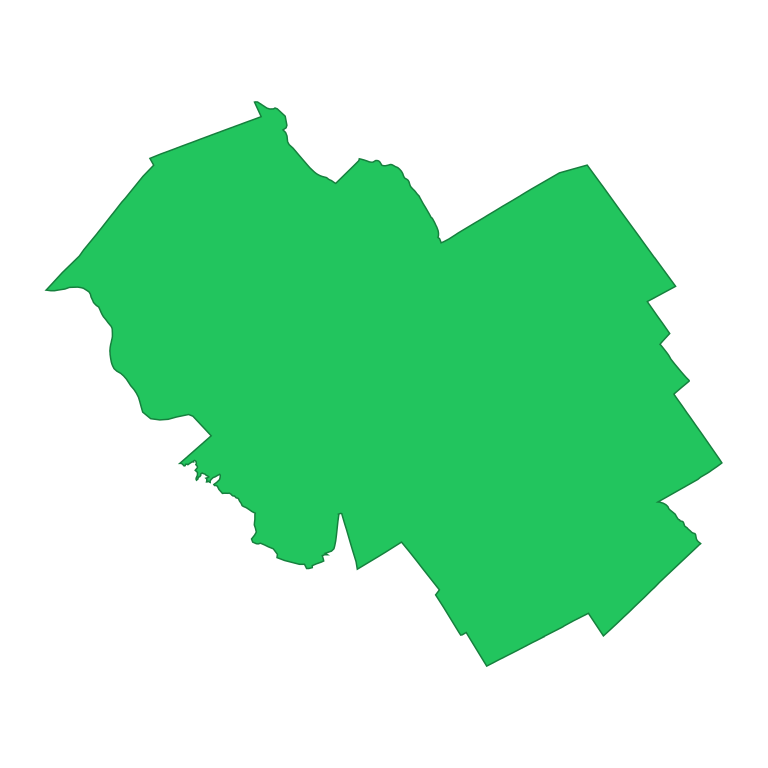 the district of Vacaresti, Dâmbovita, Romania
{"feature_id": "2599482B45717783963826", "entity_name": "Vacaresti", "entity_type": "district", "adm_level": 2, "iso_a3": "ROU", "parent_name": "Romania", "parent_adm1": "Dâmbovita", "projection": "robinson", "projection_center": [25.508, 44.844], "detail": "fine", "context": "isolated", "style": "filled", "palette": "green", "viewbox_px": 768, "rotation_deg": 0, "n_neighbors": 0, "source": "geoboundaries", "source_scale": "gbopen_adm2", "svg_char_len": 6083}
<svg xmlns="http://www.w3.org/2000/svg" viewBox="0 0 768 768"><path d="M486.7,666.1L499.0,659.7L503.8,657.3L507.9,655.2L512.7,652.8L528.1,644.8L532.3,642.6L533.9,641.8L536.0,640.8L543.2,637.1L543.7,636.9L543.5,636.7L545.5,635.7L562.9,626.8L563.8,626.2L564.0,626.0L573.7,620.7L588.4,613.3L603.4,635.9L607.3,632.4L616.4,624.0L623.5,617.2L628.6,612.5L634.6,606.6L645.5,596.2L650.7,591.0L655.3,586.7L659.3,582.5L667.1,575.1L697.9,546.1L699.3,544.7L700.3,544.0L700.7,543.6L699.5,542.6L698.4,541.8L697.3,540.6L696.6,539.4L696.3,538.5L695.9,536.4L695.6,534.7L694.9,533.6L693.5,533.2L692.1,532.6L691.3,531.9L690.3,530.9L688.1,529.0L687.2,527.9L685.8,526.9L684.8,526.2L684.4,525.3L683.7,523.1L683.1,521.9L682.1,521.3L680.3,521.0L679.6,519.9L678.5,519.5L677.6,518.4L676.3,516.3L675.2,514.2L672.8,512.2L670.2,510.1L668.8,508.7L667.9,506.6L665.9,504.7L663.2,503.2L659.9,502.2L657.9,502.0L697.5,479.6L697.9,479.4L698.2,479.1L699.2,478.3L700.0,477.6L701.0,476.9L702.2,476.2L705.3,474.4L707.2,473.3L709.4,471.9L711.9,470.1L717.4,466.3L720.9,463.7L721.9,462.9L720.0,460.0L701.4,433.2L695.5,424.9L690.0,417.0L686.8,412.6L682.6,406.5L676.4,397.8L674.1,394.5L674.0,394.0L677.1,391.3L681.9,387.2L689.1,381.2L689.2,380.8L689.1,380.5L689.0,380.3L686.2,377.5L683.8,374.8L681.1,371.7L674.7,364.0L670.9,359.2L670.4,358.3L669.7,357.0L668.5,355.0L666.6,352.4L662.2,346.8L660.7,345.0L660.0,344.4L660.8,343.3L663.0,340.8L669.7,333.5L669.4,333.1L662.8,323.6L657.4,316.1L649.0,304.1L647.3,301.6L647.6,301.4L675.1,286.6L675.6,286.3L654.5,257.5L654.2,257.3L640.5,238.4L640.4,238.2L620.0,210.3L619.8,210.0L602.1,185.4L601.9,185.2L587.2,165.1L572.5,169.2L559.4,172.9L530.3,189.7L530.0,189.9L525.6,192.5L518.3,197.0L511.1,201.3L503.2,205.9L496.0,210.3L487.3,215.5L483.8,217.7L474.6,223.1L463.3,229.9L458.3,232.9L457.8,233.2L455.6,234.7L448.9,239.0L443.6,241.8L441.1,242.8L440.6,241.3L440.1,240.0L439.5,238.6L438.0,237.5L438.5,235.3L438.5,233.1L438.1,230.7L436.8,227.1L436.0,225.6L434.5,222.3L432.3,218.3L430.9,217.1L429.4,214.2L425.7,207.8L423.0,203.4L420.2,198.2L419.4,196.9L419.4,196.4L416.9,193.7L415.8,192.2L414.5,190.6L413.0,189.2L410.9,186.9L410.2,185.7L409.6,183.9L409.1,182.1L408.5,180.9L407.7,179.9L406.2,178.9L405.0,178.3L404.3,177.5L403.4,175.6L402.7,173.5L401.4,171.2L399.6,169.2L397.9,167.7L396.9,167.2L395.5,166.7L393.5,165.5L391.7,164.6L391.3,164.6L390.3,164.5L388.1,165.2L385.2,165.8L383.6,165.7L382.6,165.5L381.9,165.3L379.8,161.9L378.7,161.0L377.6,160.6L376.2,160.5L375.5,160.6L373.6,161.8L372.6,162.2L371.1,162.2L369.1,161.8L367.4,161.1L364.1,160.0L360.8,159.1L359.7,158.9L359.3,158.8L359.1,159.8L358.6,160.9L354.1,165.4L335.7,183.4L334.3,182.6L331.5,180.6L329.6,179.8L328.5,179.2L327.5,178.3L326.5,177.6L325.4,177.3L322.3,176.5L319.9,175.6L317.6,174.4L315.8,173.2L314.1,171.8L309.9,167.8L307.6,165.2L299.1,155.3L293.1,148.2L289.2,144.7L287.6,141.8L287.0,136.0L285.6,132.5L283.0,129.9L286.1,127.8L286.9,125.3L285.2,116.2L277.2,108.8L275.0,108.0L273.5,108.9L269.8,109.0L266.9,108.1L257.6,102.0L255.3,101.9L254.5,102.1L261.2,116.7L260.3,117.0L256.6,118.4L252.0,120.1L247.0,121.9L211.8,134.9L208.4,136.2L200.8,139.0L197.2,140.4L190.3,143.0L189.1,143.4L176.5,148.1L175.9,148.4L162.1,153.5L160.7,154.0L160.0,154.3L158.5,154.9L149.9,158.4L153.7,165.2L153.6,165.3L143.2,176.1L143.0,176.3L125.2,198.3L121.7,202.2L114.5,211.5L114.1,212.0L113.7,212.4L113.5,212.8L111.9,214.7L101.1,228.5L98.2,232.1L97.0,233.7L83.9,249.6L79.3,256.1L62.3,272.6L47.2,289.0L46.1,290.1L50.7,290.7L54.6,290.7L57.9,290.1L65.0,289.0L69.4,287.4L77.7,287.1L81.3,287.7L83.5,288.3L84.9,289.2L87.0,290.5L89.1,292.0L90.4,294.2L91.1,297.1L92.7,300.4L93.5,302.4L94.6,303.7L96.4,305.5L98.7,307.0L100.0,309.8L100.9,312.0L102.0,314.3L103.4,316.7L105.9,319.7L108.1,322.7L111.2,326.4L112.2,328.7L112.4,333.2L112.4,336.5L112.1,338.4L111.6,340.4L111.2,342.5L110.7,344.3L110.2,347.3L109.9,350.9L110.1,353.3L110.1,354.3L110.6,358.1L111.3,361.9L111.9,364.0L112.7,366.0L114.1,368.7L116.9,371.2L120.8,373.4L123.6,375.9L126.4,379.1L128.3,382.0L130.7,385.7L133.9,389.4L136.3,393.0L138.5,397.3L139.8,401.6L141.2,406.9L142.7,412.1L150.7,418.7L159.8,419.9L168.2,419.3L176.5,417.0L188.6,414.5L192.9,416.2L211.2,435.8L179.8,463.4L181.1,463.4L182.2,463.9L184.1,465.9L185.1,465.7L185.8,464.2L187.1,464.2L187.9,464.7L189.4,463.6L192.1,461.9L193.6,461.9L193.4,461.1L194.3,460.4L195.5,460.8L196.2,461.8L196.2,462.6L196.4,463.9L195.8,464.6L196.0,464.9L196.8,465.6L197.5,467.0L197.3,467.8L195.2,470.3L196.7,471.7L197.5,472.5L197.4,475.3L196.7,476.8L196.1,478.2L196.1,479.4L196.5,480.2L197.8,479.2L198.4,477.2L199.7,476.7L200.7,475.5L200.9,473.7L202.2,473.0L202.7,473.4L204.4,473.9L205.2,474.2L206.3,475.4L207.6,475.9L208.8,476.9L208.6,477.2L207.8,477.6L205.9,478.2L206.7,478.9L206.8,479.7L206.8,480.7L206.5,481.9L207.2,481.9L208.2,481.3L209.1,481.9L210.2,482.4L210.2,480.8L211.2,479.4L213.1,477.6L215.2,476.8L217.2,475.6L219.7,474.3L220.3,475.3L220.1,477.6L219.5,479.6L216.8,482.3L213.8,484.5L214.5,485.5L216.2,485.5L217.4,486.3L218.9,489.4L220.5,491.2L222.4,493.4L224.7,493.2L228.1,493.3L229.2,493.1L230.7,493.9L232.0,495.3L233.1,496.0L234.5,496.0L236.1,497.8L236.9,498.0L238.0,498.3L238.6,499.0L239.5,501.0L241.2,503.4L242.1,505.6L243.3,506.4L246.3,507.7L248.9,509.4L251.9,511.5L253.4,512.3L255.3,513.2L254.9,514.5L254.9,519.2L254.5,522.5L254.3,524.9L255.4,528.1L256.3,532.1L254.6,535.1L251.5,539.0L252.7,542.1L256.3,543.7L258.2,543.9L260.5,543.2L264.7,545.0L268.3,546.8L273.3,548.8L277.4,554.3L277.0,557.6L284.6,560.5L299.4,564.3L304.5,564.3L306.6,568.5L308.9,568.5L312.3,567.6L312.3,565.6L316.5,563.8L321.1,562.2L323.7,561.0L323.4,559.5L322.3,555.6L324.8,554.7L327.4,554.7L325.2,553.3L331.5,551.1L333.9,548.8L334.7,545.9L335.7,540.9L336.4,535.4L337.9,521.4L338.8,514.7L338.4,514.2L339.9,513.6L340.9,513.4L341.8,513.7L342.2,515.3L343.6,520.1L344.9,524.5L346.4,529.2L351.1,545.4L352.6,550.4L356.1,561.8L356.4,563.7L357.3,569.2L379.1,556.1L385.8,552.0L401.5,542.1L409.3,551.6L417.3,561.7L422.7,568.7L439.4,589.9L435.6,594.9L443.5,607.2L459.0,632.5L460.7,635.1L462.3,634.8L466.2,632.5L473.0,643.7L486.7,666.1Z" fill="#22c55e" stroke="#15803d" stroke-width="1.5"/></svg>